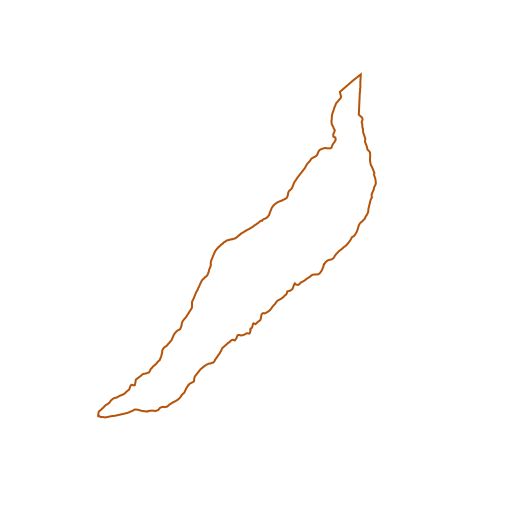 outline of Poas, Alajuela, Costa Rica, rotated 22°
{"feature_id": "36466004B26047404335903", "entity_name": "Poas", "entity_type": "district", "adm_level": 2, "iso_a3": "CRI", "parent_name": "Costa Rica", "parent_adm1": "Alajuela", "projection": "equal_earth", "projection_center": [-84.237, 10.106], "detail": "fine", "context": "isolated", "style": "outline", "palette": "amber", "viewbox_px": 512, "rotation_deg": 22, "n_neighbors": 0, "source": "geoboundaries", "source_scale": "gbopen_adm2", "svg_char_len": 6136}
<svg xmlns="http://www.w3.org/2000/svg" viewBox="0 0 512 512"><g transform="rotate(22 256 256)"><path d="M285.1,48.4L280.4,56.6L272.3,72.4L275.3,76.6L275.2,78.4L274.4,80.4L273.9,82.3L273.1,84.3L273.1,89.1L273.4,92.9L273.4,95.7L273.7,96.3L273.7,97.0L275.3,101.8L275.3,102.4L276.6,105.0L277.5,106.0L279.5,107.6L280.2,108.5L281.9,109.8L282.1,110.6L282.1,114.5L282.8,116.0L283.1,116.4L285.2,116.4L286.4,118.6L286.2,120.2L285.3,124.0L285.3,126.3L285.5,127.3L284.7,128.2L283.6,128.8L280.6,129.8L279.6,129.9L276.9,132.1L276.0,133.0L275.4,133.8L275.0,134.8L274.8,136.1L274.8,139.6L274.6,140.1L273.8,141.5L271.8,143.7L270.9,145.0L270.4,147.6L269.1,151.0L268.5,154.4L268.5,155.7L265.0,168.0L264.3,171.8L263.9,173.3L263.9,179.0L263.7,180.6L262.2,183.6L262.2,185.8L262.4,186.1L262.6,187.0L262.8,188.6L262.8,190.3L262.0,191.9L261.6,192.0L260.9,193.0L259.9,194.0L259.2,195.1L258.8,195.2L256.0,197.9L254.1,200.8L254.0,201.3L253.7,201.6L253.1,203.2L252.8,204.7L252.6,205.2L252.6,212.0L252.8,212.4L252.8,213.5L252.2,214.9L252.2,215.4L251.7,216.1L251.3,217.1L249.6,218.6L248.4,220.5L248.4,221.1L247.6,221.3L246.7,222.5L245.9,224.0L244.0,227.1L243.6,227.4L242.0,230.3L240.1,232.6L240.0,233.0L237.1,236.2L237.0,236.7L236.0,237.7L235.6,238.6L235.2,238.9L235.0,239.3L234.3,240.0L233.9,240.9L233.5,241.1L233.0,242.5L232.7,242.7L232.6,243.3L232.3,243.5L231.5,245.3L230.1,247.5L229.0,248.2L227.9,249.3L227.5,249.3L227.2,249.7L226.4,250.0L225.9,250.6L225.5,250.7L225.2,251.1L224.2,251.8L223.8,251.9L222.3,253.6L222.2,254.1L221.2,255.2L220.7,256.1L220.7,256.7L219.4,258.6L219.3,259.2L219.0,259.5L218.7,260.4L218.0,261.8L217.7,262.0L217.7,262.6L217.1,263.8L216.8,265.3L216.6,265.6L216.4,266.7L216.4,267.8L216.2,268.7L216.2,277.7L216.9,280.3L217.5,281.0L217.5,281.6L217.7,281.9L217.7,286.4L218.1,288.6L218.1,292.0L217.2,294.2L216.6,294.8L216.2,296.2L215.4,297.8L214.9,299.3L214.9,301.5L214.7,302.0L214.7,305.9L214.5,306.9L214.5,309.7L214.1,311.9L214.1,319.8L213.9,320.8L213.9,322.5L214.5,324.2L215.3,325.9L215.4,326.4L216.0,328.1L213.9,339.4L213.2,341.1L212.4,343.9L212.5,346.8L213.0,348.0L213.0,349.1L213.1,349.3L213.1,352.2L211.2,354.5L210.1,356.7L210.1,357.1L209.6,358.4L209.3,360.4L209.2,365.8L208.5,367.6L208.2,368.9L207.7,369.9L207.2,371.7L206.7,373.0L205.2,375.0L204.7,376.7L204.5,378.8L205.3,381.3L205.3,382.3L205.7,384.0L205.7,388.7L204.4,391.1L204.1,392.7L203.8,393.2L203.5,394.2L203.3,394.3L203.0,395.2L202.4,396.0L201.8,397.3L201.6,398.3L200.8,400.0L200.7,402.1L200.4,404.0L197.9,406.2L196.1,407.3L195.3,408.0L194.7,409.0L194.4,409.8L190.9,415.6L191.7,419.1L192.0,421.2L191.6,421.6L188.9,422.0L188.5,422.6L188.3,423.1L188.4,427.4L187.1,429.6L185.6,433.0L184.1,434.8L182.8,435.9L181.8,437.0L181.4,437.3L180.7,438.4L179.6,439.7L178.2,440.4L177.1,441.6L175.7,444.1L175.4,445.2L175.1,446.9L173.5,449.4L172.6,450.3L172.0,451.8L171.8,452.0L171.5,453.3L170.7,454.7L170.4,455.6L169.8,456.7L169.6,457.3L168.8,458.5L168.5,459.5L169.4,463.0L169.6,462.8L170.0,462.8L170.8,463.6L171.6,463.3L172.9,463.3L174.9,462.5L176.6,462.2L182.5,458.3L184.7,457.3L185.0,456.9L186.9,455.8L187.5,455.2L189.4,454.1L190.1,453.4L191.2,452.8L196.0,449.3L200.3,444.9L200.7,444.1L201.4,443.6L203.9,442.8L208.1,442.4L209.7,441.9L210.5,441.9L211.7,441.3L212.6,441.3L213.8,440.8L213.9,440.3L215.4,439.3L215.8,439.3L216.9,438.5L219.4,437.7L220.7,437.6L223.0,435.4L223.4,434.5L223.7,433.1L225.1,431.4L226.5,430.6L227.3,430.6L228.5,430.0L229.0,429.5L229.8,429.2L230.3,428.5L231.6,425.9L232.6,424.5L232.9,424.2L233.0,423.7L234.0,422.8L234.1,422.4L235.7,420.8L236.1,420.1L236.9,419.2L237.1,418.7L237.7,417.9L238.5,416.0L239.0,414.2L239.0,413.6L239.2,413.3L239.2,412.8L239.6,411.9L239.7,411.3L240.5,410.2L240.7,409.3L240.9,405.5L241.1,403.9L241.3,403.5L241.3,402.4L241.5,401.9L241.5,401.3L241.8,401.1L242.2,399.6L242.7,398.9L245.3,395.8L245.4,394.8L245.0,394.1L244.5,392.0L244.5,390.3L247.0,381.8L248.4,379.2L248.8,378.9L249.1,377.9L250.8,375.4L252.7,373.4L254.2,372.6L255.4,371.3L256.2,371.0L256.4,370.7L256.5,370.2L256.9,369.3L256.9,367.6L257.1,367.2L257.2,366.1L257.7,365.0L257.7,364.5L258.4,361.0L258.8,360.1L258.8,359.0L259.2,356.9L259.2,354.1L262.6,347.4L262.6,347.0L263.7,345.9L264.1,344.3L264.6,343.8L265.0,343.0L266.0,342.3L267.9,342.3L268.1,342.1L268.6,339.7L268.6,336.7L268.8,336.2L270.3,335.4L271.6,335.4L273.3,334.5L275.5,332.3L276.3,331.2L277.1,330.8L278.4,330.6L279.0,330.3L279.1,329.5L278.8,326.7L278.2,326.3L278.1,326.1L278.2,325.2L278.8,324.7L279.1,324.0L279.1,322.6L278.7,320.9L278.7,319.8L279.0,319.3L281.1,319.4L282.4,316.3L283.6,314.6L284.0,313.7L283.8,311.5L283.1,308.7L283.1,308.0L283.3,307.2L283.9,306.4L284.5,306.1L285.2,306.1L286.1,305.5L288.2,302.8L289.2,301.1L290.6,295.9L291.8,292.8L291.9,291.6L292.4,290.0L292.9,289.1L295.6,285.9L297.0,283.3L297.7,281.3L298.4,280.5L298.5,279.8L298.5,278.5L298.3,277.9L298.4,277.0L300.3,275.8L302.1,273.2L302.2,271.4L302.0,268.2L302.3,266.9L303.1,267.5L305.7,267.2L306.5,266.2L306.9,265.4L307.4,263.8L308.1,263.2L310.1,260.7L310.8,259.6L311.2,258.6L314.0,254.7L314.8,252.9L316.2,251.7L320.4,249.8L321.5,248.4L322.4,244.9L322.4,239.6L322.1,239.2L322.0,238.2L322.4,238.0L322.8,235.5L323.1,235.1L324.1,233.2L327.6,230.6L328.6,229.1L328.9,227.8L329.0,226.4L329.9,223.3L330.5,222.2L330.9,220.8L333.5,216.3L333.9,215.1L335.0,213.6L335.6,212.4L336.3,210.7L337.2,207.5L337.7,205.2L337.8,203.4L338.1,202.3L338.9,201.4L339.6,200.2L340.3,196.6L340.3,192.3L339.9,190.5L339.9,188.5L340.1,187.1L340.6,185.6L341.2,184.7L342.7,181.2L342.9,180.4L342.9,178.3L343.4,176.1L343.5,174.9L343.5,173.3L343.1,171.6L342.6,170.4L341.3,161.5L341.3,160.0L341.6,158.4L340.7,157.0L340.1,155.2L340.3,150.3L339.8,148.5L339.9,146.5L340.1,145.3L339.9,143.9L339.0,141.8L338.4,141.0L337.7,139.7L335.0,136.5L334.7,135.5L334.7,134.7L330.0,129.8L328.6,128.8L327.7,127.7L325.7,124.3L324.1,119.7L322.9,117.3L321.8,116.5L319.8,115.7L319.4,115.4L317.4,112.6L314.4,109.4L314.0,108.6L313.6,107.0L313.0,105.6L311.9,104.7L311.5,104.0L309.4,101.7L307.9,99.1L307.6,98.1L306.5,96.9L305.1,93.9L303.8,92.3L303.8,90.0L303.7,89.5L303.0,88.5L302.4,87.9L298.4,86.5L291.1,65.8L290.7,63.9L289.9,62.1L289.7,60.8L288.1,57.0L285.1,48.4Z" fill="none" stroke="#b45309" stroke-width="2"/></g></svg>